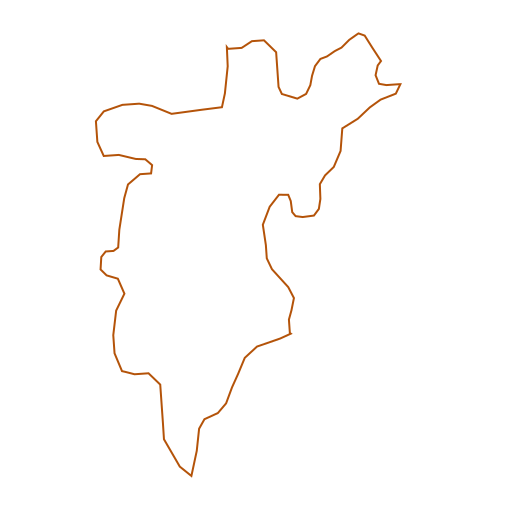 map outline of Studeničani (Equal Earth projection), rotated 356°
{"feature_id": "MKD-2912", "entity_name": "Studeničani", "entity_type": "Statistical Region", "adm_level": 1, "iso_a3": "MKD", "parent_name": "North Macedonia", "parent_adm1": "", "projection": "equal_earth", "projection_center": [21.451, 41.794], "detail": "fine", "context": "isolated", "style": "outline", "palette": "amber", "viewbox_px": 512, "rotation_deg": 356, "n_neighbors": 0, "source": "natural_earth", "source_scale": "10m", "svg_char_len": 1498}
<svg xmlns="http://www.w3.org/2000/svg" viewBox="0 0 512 512"><g transform="rotate(356 256 256)"><path d="M126.6,365.5L117.6,362.5L114.3,361.5L108.1,343.2L108.1,325.0L112.7,300.7L122.1,284.4L116.6,269.0L105.6,264.9L100.0,258.6L101.6,246.2L106.4,241.0L114.2,241.0L119.1,237.9L121.5,220.2L128.6,189.1L133.3,175.7L146.0,166.3L157.1,166.3L158.7,158.1L152.3,151.8L142.8,150.8L126.2,145.6L111.1,145.6L105.7,131.1L105.7,110.4L114.3,101.1L133.3,95.9L150.1,95.9L162.7,99.0L181.7,108.3L212.5,106.3L232.4,105.2L236.3,91.7L241.0,64.8L241.5,45.6L242.7,47.4L245.7,47.4L256.2,47.4L266.9,41.4L279.0,41.4L290.3,54.1L290.3,72.8L290.3,88.9L293.1,96.2L308.2,101.9L317.3,97.8L322.1,89.4L324.5,80.1L328.1,70.7L334.0,63.9L340.7,61.9L348.7,57.2L350.2,56.5L355.8,54.1L364.2,46.8L372.5,41.8L373.8,41.1L379.8,43.7L386.5,56.2L394.3,70.2L390.7,74.4L387.9,84.0L390.7,92.8L398.0,94.6L410.7,94.6L412.0,94.7L406.8,103.8L391.2,108.7L379.9,115.7L367.1,126.2L351.0,134.7L347.7,157.1L339.8,172.6L330.5,180.4L324.7,188.8L324.2,203.6L322.0,213.4L316.6,219.7L305.3,220.4L298.3,219.0L295.2,214.8L294.5,203.6L292.4,197.2L283.2,196.5L273.1,207.8L265.0,225.3L266.6,245.8L266.6,259.1L271.0,270.3L286.0,289.3L290.9,300.6L287.6,312.6L284.4,321.7L284.4,335.1L285.3,335.9L274.4,340.0L250.7,346.4L237.7,356.8L229.9,372.4L222.9,385.4L215.9,400.9L207.0,410.0L193.2,415.2L187.2,424.3L183.3,446.3L177.6,466.1L176.2,470.9L165.3,460.8L151.4,432.4L151.5,416.2L151.5,377.6L140.6,365.5L126.6,365.5Z" fill="none" stroke="#b45309" stroke-width="2"/></g></svg>